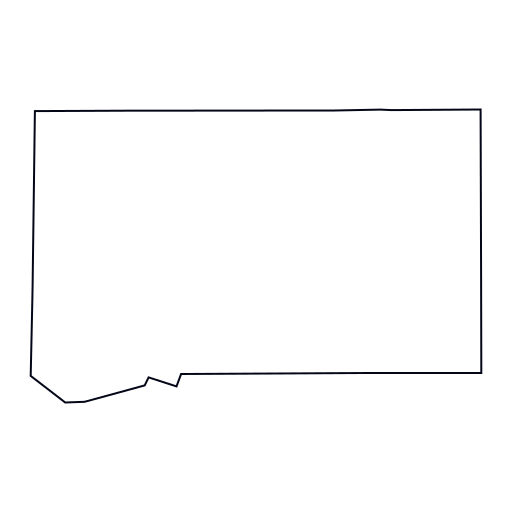 outline of Franklin, Mississippi, United States of America
{"feature_id": "52423323B97407151829576", "entity_name": "Franklin", "entity_type": "district", "adm_level": 2, "iso_a3": "USA", "parent_name": "United States of America", "parent_adm1": "Mississippi", "projection": "albers", "projection_center": [-90.954, 31.466], "detail": "fine", "context": "isolated", "style": "outline", "palette": "ink", "viewbox_px": 512, "rotation_deg": 0, "n_neighbors": 0, "source": "geoboundaries", "source_scale": "gbopen_adm2", "svg_char_len": 359}
<svg xmlns="http://www.w3.org/2000/svg" viewBox="0 0 512 512"><path d="M84.6,401.8L144.7,385.4L148.6,377.4L176.5,386.4L181.1,374.0L363.2,373.0L481.3,373.0L481.1,277.2L480.6,109.5L391.5,110.1L380.5,109.6L334.9,110.5L124.7,110.7L57.5,111.0L34.9,111.1L32.6,285.9L32.4,297.0L30.7,375.9L65.2,402.5L84.6,401.8Z" fill="none" stroke="#020617" stroke-width="2"/></svg>